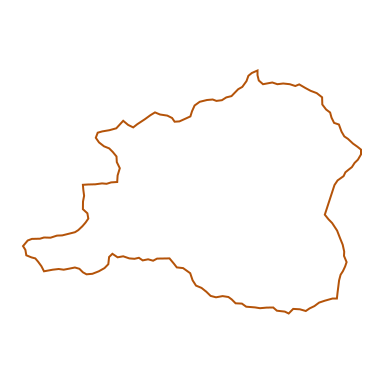 Buritizal, São Paulo, Brazil (Albers equal-area conic projection)
{"feature_id": "56859067B17767714911841", "entity_name": "Buritizal", "entity_type": "district", "adm_level": 2, "iso_a3": "BRA", "parent_name": "Brazil", "parent_adm1": "São Paulo", "projection": "albers", "projection_center": [-47.71, -20.205], "detail": "fine", "context": "isolated", "style": "outline", "palette": "amber", "viewbox_px": 384, "rotation_deg": 0, "n_neighbors": 0, "source": "geoboundaries", "source_scale": "gbopen_adm2", "svg_char_len": 2246}
<svg xmlns="http://www.w3.org/2000/svg" viewBox="0 0 384 384"><path d="M23.0,246.1L25.4,249.9L26.3,255.3L31.5,257.4L35.3,258.4L38.1,261.7L41.4,266.2L44.0,271.3L52.7,269.7L58.7,269.0L63.7,269.7L69.5,268.6L74.9,267.5L79.4,268.8L82.9,272.3L86.5,274.3L92.4,273.8L98.8,271.3L104.5,268.1L108.3,264.2L109.1,257.0L112.4,253.8L117.6,257.3L123.2,256.3L129.3,258.4L134.5,258.8L138.9,257.8L142.7,260.4L148.1,259.3L153.1,260.7L157.1,258.6L163.6,258.5L169.5,258.4L174.0,263.8L176.8,267.4L183.1,268.1L190.2,273.2L192.6,280.3L196.0,285.6L201.5,287.9L206.4,291.8L210.6,295.9L216.0,297.3L222.6,296.1L228.4,297.0L231.7,299.4L235.6,303.3L241.9,303.6L246.2,306.7L255.0,307.4L260.0,308.2L266.7,307.6L273.2,307.5L276.9,310.7L284.8,311.6L288.7,313.5L293.2,308.9L299.9,309.3L305.8,311.0L309.6,308.4L314.4,306.1L319.1,302.6L324.8,300.7L332.6,298.5L336.9,298.5L337.5,293.0L338.4,285.9L339.1,280.3L340.6,274.7L342.9,271.2L345.1,266.5L346.6,262.1L344.0,255.9L344.2,251.6L342.7,244.7L339.9,237.8L337.1,230.6L332.1,223.0L328.5,219.3L324.8,214.7L334.5,185.0L337.6,180.4L343.6,176.1L345.4,172.3L348.7,169.6L351.9,167.1L354.6,162.9L357.9,159.7L361.0,154.4L361.0,149.6L357.5,146.8L353.0,143.6L348.0,138.9L344.3,136.4L341.5,131.6L338.9,124.5L334.1,122.9L331.5,117.6L330.1,112.5L326.1,109.5L322.3,104.5L322.1,97.3L316.7,93.1L310.6,90.8L305.4,88.0L299.2,84.4L295.3,86.0L289.8,84.2L283.2,83.5L277.4,84.2L272.3,82.5L263.0,84.2L258.8,80.5L257.5,75.2L257.5,70.5L251.8,73.0L248.4,75.8L246.5,81.1L242.3,86.9L238.2,89.2L234.5,93.0L231.5,96.1L226.3,97.4L221.9,100.2L216.4,100.9L212.7,99.5L207.0,100.0L199.7,101.8L194.6,105.5L192.0,111.3L190.4,116.4L185.6,118.6L179.4,121.4L174.6,121.7L172.1,118.0L167.3,115.6L160.0,114.5L155.0,112.4L150.4,115.2L144.9,119.2L137.3,124.2L133.2,127.4L128.1,124.9L123.2,120.8L116.3,128.3L109.4,130.2L102.3,131.4L97.7,132.7L95.8,137.8L99.0,142.4L104.0,146.3L109.2,148.4L112.8,152.0L116.5,156.5L116.8,162.1L119.8,168.2L117.6,175.5L117.2,182.0L111.1,182.4L106.6,183.8L102.0,183.4L95.3,184.3L87.8,184.5L82.9,184.8L83.3,189.6L84.1,195.8L83.0,201.6L82.9,209.2L87.4,213.3L88.3,218.6L85.6,222.5L82.6,226.0L78.3,230.1L75.0,232.2L62.2,235.4L57.0,235.6L50.5,237.7L44.0,237.5L40.0,238.7L31.9,238.9L27.7,240.5L23.0,246.1Z" fill="none" stroke="#b45309" stroke-width="2"/></svg>